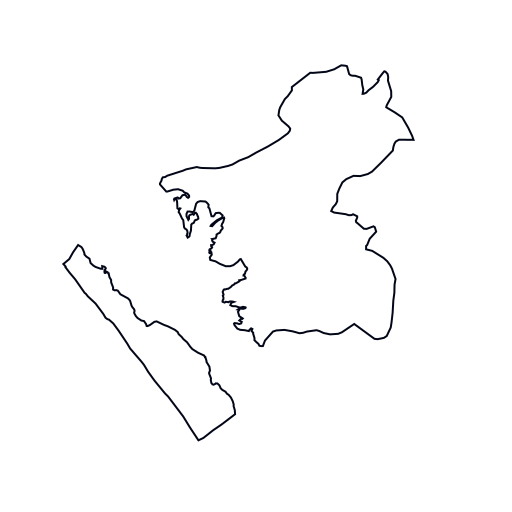 the district of Sidi Salim, Kafr ash Shaykh, Egypt, rotated 252°
{"feature_id": "37247803B12762735296795", "entity_name": "Sidi Salim", "entity_type": "district", "adm_level": 2, "iso_a3": "EGY", "parent_name": "Egypt", "parent_adm1": "Kafr ash Shaykh", "projection": "robinson", "projection_center": [30.738, 31.367], "detail": "fine", "context": "isolated", "style": "outline", "palette": "ink", "viewbox_px": 512, "rotation_deg": 252, "n_neighbors": 0, "source": "geoboundaries", "source_scale": "gbopen_adm2", "svg_char_len": 6138}
<svg xmlns="http://www.w3.org/2000/svg" viewBox="0 0 512 512"><g transform="rotate(252 256 256)"><path d="M317.8,441.7L322.0,441.6L331.0,440.4L342.6,437.9L349.8,432.3L357.2,425.8L358.8,426.8L365.5,433.8L371.0,435.5L382.0,435.7L385.2,437.0L388.4,437.4L391.3,436.1L392.0,435.1L390.4,432.5L386.2,426.4L385.3,427.1L383.7,425.4L380.8,419.8L378.9,414.4L377.3,411.4L377.0,408.8L377.3,407.5L381.2,409.5L385.7,409.9L391.2,411.0L393.1,411.0L396.7,406.1L397.7,403.4L398.7,401.8L400.3,400.8L408.4,401.2L409.3,399.9L411.0,396.0L409.4,388.0L409.5,379.7L412.5,366.9L413.5,364.2L405.6,342.3L402.4,341.3L398.2,335.6L396.3,331.9L389.9,324.9L387.6,323.2L382.8,320.8L376.7,322.4L369.2,327.0L366.6,327.9L364.7,326.9L362.8,324.2L359.3,313.6L356.5,301.3L354.3,288.1L352.4,279.1L351.9,269.5L350.3,261.9L350.3,257.2L351.1,248.3L352.0,244.3L356.3,232.1L357.3,229.8L358.9,227.2L360.0,216.3L359.7,212.7L359.8,196.4L359.2,194.1L359.6,191.6L358.2,190.1L357.0,189.5L354.7,187.1L353.7,186.8L345.0,190.6L344.7,191.6L344.6,197.9L343.6,202.5L340.7,206.5L338.7,207.4L336.5,210.1L334.2,211.0L332.9,210.7L332.3,209.4L333.6,208.4L334.2,208.4L336.2,207.4L336.5,204.8L334.3,201.8L334.6,200.1L335.2,200.1L335.9,199.5L335.9,196.2L335.3,195.5L334.6,195.5L334.9,195.8L334.9,196.8L334.3,197.8L332.3,197.8L325.6,196.0L324.6,196.7L324.6,197.7L324.9,198.3L324.6,198.7L323.6,197.3L321.7,196.0L319.8,196.6L314.6,197.2L312.6,197.9L305.5,196.5L304.2,196.8L302.6,198.1L301.3,198.4L299.1,198.1L298.4,197.4L296.8,196.7L296.8,196.4L294.6,196.7L294.9,198.0L295.5,199.0L297.1,199.7L300.3,202.0L305.8,204.1L306.5,205.1L306.8,207.1L308.7,208.8L309.0,209.8L308.7,210.7L309.3,212.7L311.6,213.1L312.2,212.8L314.2,212.8L315.8,212.1L315.8,211.2L314.5,209.5L315.5,208.8L315.5,206.2L315.2,205.2L314.5,204.5L312.0,203.8L311.3,202.8L315.2,202.2L317.5,202.9L319.4,204.6L319.0,206.2L317.4,209.2L317.4,210.2L318.4,211.5L324.2,215.2L325.4,217.2L325.4,219.9L323.4,224.8L321.8,225.8L319.5,226.8L317.0,225.7L315.7,226.4L307.6,226.0L306.9,227.6L307.3,228.6L309.2,230.9L308.8,233.3L308.2,234.9L304.9,236.8L303.3,235.8L303.0,235.2L302.1,229.9L299.5,223.2L298.6,222.2L297.9,223.5L300.2,227.5L301.4,230.8L302.4,235.2L302.4,237.5L301.7,237.5L298.2,235.1L297.2,233.8L295.3,232.4L293.7,233.1L292.4,232.7L291.1,230.4L290.1,229.7L289.2,228.4L289.2,227.4L288.6,225.1L287.3,224.7L285.3,223.1L285.7,219.4L285.0,219.7L284.4,219.1L283.7,219.1L282.8,219.4L281.5,220.7L280.2,219.4L279.9,217.4L280.2,216.7L279.2,216.4L277.9,217.0L277.0,216.0L276.7,214.0L276.0,213.4L274.7,214.3L274.1,212.7L273.1,212.7L272.8,213.3L272.8,214.6L270.9,214.3L268.9,211.6L266.4,211.3L263.4,215.9L259.8,219.1L255.6,224.1L255.0,226.0L254.3,228.3L254.3,231.7L256.2,237.0L257.8,239.6L257.8,240.6L249.4,242.5L248.1,243.5L247.1,243.8L246.1,243.5L245.2,242.5L244.5,241.2L242.6,240.1L242.0,238.5L241.3,238.1L241.0,238.8L238.4,239.4L237.8,239.1L237.8,234.5L238.1,232.5L237.1,232.5L236.2,228.2L236.5,227.5L235.6,226.2L235.3,224.2L234.3,222.5L233.4,219.5L233.7,218.5L233.7,216.2L234.0,215.9L234.0,214.9L232.1,213.2L229.2,213.2L228.6,212.2L226.6,212.2L224.7,211.5L224.4,210.8L223.1,210.1L222.7,210.1L221.4,211.8L221.8,213.1L220.5,215.7L220.8,216.1L220.8,217.4L220.0,219.5L219.2,220.7L219.1,218.0L217.2,216.4L215.9,217.7L215.3,218.7L214.6,221.0L212.0,224.6L211.7,225.9L211.7,227.9L210.4,230.2L210.0,230.2L209.7,229.5L209.7,227.5L210.7,225.2L210.7,223.9L211.0,223.3L210.7,222.3L210.4,222.9L209.7,223.2L208.5,221.6L203.9,221.5L200.7,224.1L200.4,223.5L200.7,222.8L200.7,221.8L199.8,220.2L197.8,222.1L196.5,221.1L196.5,218.8L197.8,217.2L198.8,214.9L198.5,214.2L196.9,214.2L192.7,215.8L190.7,218.1L188.9,222.4L186.8,226.0L187.8,227.0L188.7,229.0L187.7,230.0L186.1,228.6L183.9,229.6L183.2,229.3L178.4,229.2L176.4,228.5L173.2,230.2L171.9,231.1L169.6,231.5L168.7,233.1L168.2,234.7L172.8,238.4L178.9,248.8L178.9,252.4L176.9,260.3L173.0,267.6L169.1,273.5L168.4,277.1L168.4,281.1L166.7,290.7L165.1,293.0L161.8,296.6L158.6,302.2L156.6,310.1L156.9,314.1L161.0,328.4L140.6,343.1L139.3,346.0L138.6,352.3L139.5,355.6L146.3,362.0L150.8,364.3L159.8,368.4L171.1,372.8L178.2,376.2L185.9,378.9L191.0,381.6L202.0,381.4L205.6,380.8L210.4,379.2L214.9,376.6L225.0,368.1L228.3,362.8L231.5,363.8L232.1,365.1L237.3,369.5L242.0,377.8L246.6,377.9L247.9,376.9L247.6,369.6L248.6,367.0L256.3,362.4L257.0,361.8L258.6,361.8L261.2,364.1L262.5,364.5L265.7,361.2L265.4,359.5L266.1,356.9L268.0,354.3L273.2,343.7L275.5,341.4L278.4,344.1L280.6,347.8L282.9,350.1L290.0,352.5L294.5,356.2L299.3,360.9L301.2,365.6L302.1,373.5L299.8,379.8L299.4,387.7L300.4,392.4L305.8,403.3L314.0,418.7L317.3,420.4L320.1,422.4L321.7,424.4L322.4,428.0L317.8,441.7ZM307.9,70.3L304.8,71.7L304.3,71.3L297.6,73.6L289.8,76.8L274.0,81.6L272.4,82.6L269.8,83.5L260.4,88.7L248.0,92.9L243.8,93.8L241.9,95.1L240.9,96.5L236.0,99.4L227.3,102.3L212.4,106.5L206.9,107.7L190.7,114.5L187.1,115.8L179.0,117.7L169.0,120.9L153.4,127.0L149.5,129.0L125.8,137.2L113.3,140.2L98.5,144.3L99.2,149.7L103.5,161.3L106.3,170.9L112.0,187.2L115.9,188.2L120.1,188.3L121.7,188.9L125.0,189.0L129.2,188.4L132.4,187.1L134.0,185.8L136.3,185.1L139.2,182.5L141.2,181.5L144.4,181.2L146.7,179.9L147.3,178.3L147.0,177.9L146.7,175.9L147.3,175.0L149.0,174.3L152.2,174.7L153.5,175.4L158.7,175.1L159.6,175.4L161.2,176.8L165.1,177.5L170.6,176.2L171.6,176.5L175.5,176.6L175.5,176.2L177.4,175.9L181.9,171.0L187.1,166.7L190.1,165.4L195.2,163.8L199.5,161.2L202.0,160.3L205.6,158.3L207.9,158.0L210.8,156.1L216.3,150.5L218.9,147.2L224.5,141.3L224.8,139.0L223.2,134.0L222.9,132.0L222.9,131.0L223.2,130.4L225.2,130.4L228.7,129.4L230.0,127.1L233.6,124.2L235.9,123.2L238.8,122.6L239.8,122.6L241.4,123.6L243.0,123.6L245.3,122.7L246.9,122.3L252.4,122.4L254.0,121.8L255.3,121.1L261.5,115.2L265.7,113.9L266.7,112.6L267.0,111.0L268.3,109.7L270.2,110.4L275.7,110.1L278.0,110.8L281.2,110.1L284.8,110.5L284.8,110.2L286.4,109.9L287.7,108.6L286.7,108.5L286.7,107.9L286.4,107.6L286.7,106.9L287.7,106.9L289.3,107.6L290.6,109.3L291.3,109.3L292.6,108.6L293.9,106.6L291.3,105.9L291.9,104.3L295.2,100.0L297.1,98.4L300.4,96.5L304.9,96.8L307.8,94.5L310.4,93.3L311.4,93.6L313.3,93.6L316.6,93.3L318.5,92.7L321.4,90.2L316.0,83.1L310.8,77.5L307.9,70.3Z" fill="none" stroke="#020617" stroke-width="2"/></g></svg>